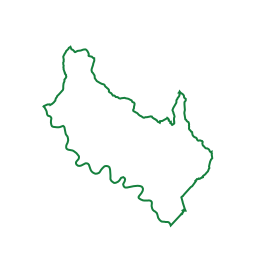 the district of Turburea, Gorj, Romania, rotated 307°
{"feature_id": "2599482B10201715191375", "entity_name": "Turburea", "entity_type": "district", "adm_level": 2, "iso_a3": "ROU", "parent_name": "Romania", "parent_adm1": "Gorj", "projection": "equal_earth", "projection_center": [23.554, 44.693], "detail": "fine", "context": "isolated", "style": "outline", "palette": "green", "viewbox_px": 256, "rotation_deg": 307, "n_neighbors": 0, "source": "geoboundaries", "source_scale": "gbopen_adm2", "svg_char_len": 5798}
<svg xmlns="http://www.w3.org/2000/svg" viewBox="0 0 256 256"><g transform="rotate(307 128 128)"><path d="M186.0,156.6L186.0,155.0L186.2,154.4L187.5,153.1L187.8,152.2L188.0,150.8L187.8,150.0L187.9,148.4L188.2,147.3L187.9,147.4L187.4,147.4L187.7,147.7L187.6,147.9L186.8,148.1L186.8,148.4L186.2,148.5L185.9,148.8L185.9,149.0L184.5,149.6L183.6,149.7L181.9,149.6L181.0,149.9L179.7,149.9L178.8,150.3L177.8,151.1L177.2,151.4L171.3,152.1L169.2,152.7L168.9,152.9L167.6,155.1L166.9,155.7L166.8,156.1L166.0,157.3L165.0,158.4L163.8,158.7L162.0,159.9L161.2,160.9L160.5,161.1L160.0,161.9L159.6,162.1L158.7,162.1L157.0,161.4L157.0,161.1L157.5,160.7L157.6,160.3L157.7,160.0L157.4,159.5L157.4,159.0L158.0,159.0L158.4,158.7L158.1,158.6L158.1,158.3L158.2,157.9L158.4,157.5L158.4,156.2L159.1,155.8L159.2,155.6L159.1,155.2L159.7,154.6L159.7,153.2L159.1,153.3L158.9,153.2L155.8,151.8L154.3,151.2L152.7,149.4L152.2,149.6L151.7,150.2L151.3,150.3L151.3,149.5L150.9,148.3L151.1,147.2L151.5,146.5L151.3,145.6L151.5,145.0L151.3,144.5L151.4,144.2L151.1,143.6L151.2,143.2L151.1,142.8L151.2,142.5L151.0,141.7L151.1,141.1L151.5,140.2L151.0,139.4L151.0,139.2L148.0,136.6L147.2,135.5L145.8,134.6L145.4,133.4L145.4,131.5L145.2,131.0L145.0,129.7L145.1,128.1L145.4,127.0L145.4,125.8L145.1,124.7L145.1,123.8L144.9,123.3L144.9,121.8L145.6,121.2L147.2,120.9L148.8,119.9L150.1,119.4L151.3,118.7L151.6,118.3L151.9,117.4L151.4,115.9L152.2,114.2L151.8,112.4L151.6,110.9L150.9,109.3L150.5,108.6L150.0,107.1L147.7,104.7L147.0,104.3L146.4,103.1L146.3,102.5L146.5,102.0L146.3,100.9L145.4,99.6L145.5,99.0L145.6,98.8L145.7,97.7L145.4,97.1L144.8,96.5L145.7,93.7L145.4,91.8L145.4,91.3L145.8,90.6L146.8,90.0L147.2,89.0L147.3,88.4L147.3,87.1L147.5,86.3L147.4,85.6L147.5,84.9L147.7,84.3L148.2,83.5L148.3,83.0L148.2,82.2L147.6,80.9L147.2,79.1L146.7,74.9L147.6,72.1L147.8,71.5L149.8,69.7L150.8,67.0L151.1,65.4L152.3,64.0L153.5,63.4L157.4,62.1L158.5,61.5L161.4,60.6L163.4,59.0L163.0,58.1L163.0,57.2L163.2,56.2L162.1,53.9L161.9,53.2L162.2,52.8L163.3,52.3L163.8,51.7L164.9,49.6L165.3,47.9L165.3,47.2L165.1,46.6L164.0,45.4L163.1,44.7L161.5,43.7L159.3,41.4L158.0,40.7L157.0,40.3L156.7,40.0L156.7,39.4L157.0,38.5L157.2,36.9L156.8,35.5L158.2,33.2L157.4,33.0L156.4,32.5L155.4,32.8L152.0,32.3L150.9,32.7L149.6,32.7L148.7,32.8L148.3,33.0L147.6,33.0L145.9,33.4L143.8,35.7L143.3,35.9L142.3,36.7L141.2,36.9L139.7,38.2L139.0,39.2L137.6,39.8L137.1,40.6L136.3,41.0L134.9,43.0L134.3,44.1L134.0,44.6L133.8,44.5L133.3,45.3L133.2,45.6L133.1,46.6L132.4,47.1L131.8,47.9L130.4,48.2L128.4,48.1L127.1,49.1L124.8,49.7L122.6,51.0L120.3,52.7L119.2,53.1L114.3,52.7L111.8,52.4L111.2,52.2L109.6,52.6L108.9,52.5L107.4,52.8L106.7,53.2L106.0,53.5L104.9,53.3L104.1,53.4L102.2,53.0L101.0,52.7L100.9,52.5L99.5,52.0L99.6,51.8L99.8,51.6L99.7,51.1L99.0,50.4L98.3,49.5L94.8,47.6L94.3,47.6L94.2,49.0L92.8,52.1L92.2,53.1L90.3,55.1L89.8,56.1L89.7,56.9L90.3,58.3L90.4,59.2L90.0,60.5L89.3,61.2L87.6,62.0L85.9,63.2L84.3,65.0L83.7,66.2L83.7,66.8L84.1,67.9L86.0,71.1L86.7,72.0L87.7,73.0L90.6,74.9L90.6,76.1L90.2,76.9L85.8,81.8L85.2,83.2L84.8,84.8L83.7,86.2L82.2,87.6L81.5,87.9L79.9,88.6L77.7,89.0L76.6,89.4L75.3,90.3L74.6,91.2L74.5,92.0L74.7,93.3L76.7,97.3L76.9,98.8L76.9,100.3L76.9,101.9L76.6,103.2L76.0,105.5L75.7,106.0L74.6,106.8L73.4,107.2L70.5,107.0L69.3,107.1L68.3,107.9L67.8,108.9L67.8,110.9L68.7,112.3L70.0,113.3L74.2,115.3L75.0,116.4L75.3,117.3L75.3,117.9L75.1,118.9L72.2,123.2L71.6,124.5L71.4,125.4L71.3,126.8L71.5,128.2L71.8,129.3L72.1,129.8L73.3,131.0L75.0,131.9L76.4,131.9L78.3,131.7L80.5,131.8L82.9,132.2L83.7,132.6L84.5,133.4L85.0,134.2L85.4,135.2L85.5,135.9L85.4,136.8L84.5,138.1L83.8,138.9L79.5,142.6L76.8,144.6L76.4,145.0L75.7,146.8L75.7,149.6L76.1,150.4L76.9,151.2L78.9,152.3L80.8,152.7L83.9,152.5L84.5,152.8L85.9,153.8L85.9,155.4L85.8,155.8L85.2,156.6L83.5,157.4L80.4,157.9L80.0,158.1L79.0,159.5L78.7,160.5L78.7,161.2L78.8,161.6L79.8,163.0L84.9,167.5L87.4,170.2L88.2,171.3L89.0,172.8L89.4,174.2L89.3,175.0L88.6,176.4L87.6,177.1L86.4,177.6L84.1,177.9L80.1,177.8L79.2,178.0L78.7,178.5L78.5,179.0L78.6,181.1L79.2,183.5L79.9,184.7L82.1,187.6L82.7,188.2L83.3,189.3L83.5,190.4L83.3,191.3L82.5,192.2L79.9,193.8L78.3,195.7L77.6,197.0L77.4,198.5L77.6,199.8L77.4,202.2L76.4,203.7L74.4,206.2L73.6,208.6L73.5,210.0L73.5,211.0L73.9,211.8L75.2,213.8L75.5,214.5L76.9,216.4L77.2,217.3L76.9,218.9L76.6,219.6L75.8,220.8L90.2,222.3L90.7,222.2L91.0,222.5L91.6,222.4L91.7,222.9L92.0,223.0L93.2,222.6L93.4,222.4L94.0,222.6L94.9,221.8L95.0,221.3L95.6,221.6L96.4,221.7L96.4,222.7L96.1,223.1L96.6,223.7L97.5,222.1L99.2,219.7L101.4,216.6L101.8,216.2L104.8,212.3L106.4,212.6L106.6,212.8L108.7,212.8L117.7,213.6L119.0,213.8L120.1,214.3L126.2,214.2L126.3,213.6L128.2,213.8L128.4,213.8L128.4,214.1L130.1,214.8L130.0,215.3L130.7,215.9L131.1,216.1L131.3,216.0L132.3,216.6L133.2,216.7L133.3,216.8L133.3,217.2L133.8,217.5L134.4,216.9L134.9,216.8L137.6,217.6L138.9,217.6L141.5,217.9L144.3,217.1L144.7,217.2L145.4,216.7L146.0,215.9L147.7,215.1L150.7,213.8L152.2,213.5L152.7,213.3L154.5,213.5L156.2,211.9L156.4,211.5L156.8,211.3L157.7,210.4L158.1,210.3L158.1,210.0L159.4,209.1L158.8,208.8L158.5,208.2L158.6,207.5L159.4,206.0L159.6,205.0L159.4,203.6L158.8,202.8L158.6,202.2L158.7,201.1L159.1,199.5L159.1,198.3L159.7,197.5L160.6,196.5L161.8,196.1L162.2,195.0L161.8,194.2L161.7,193.5L161.3,192.8L160.2,191.8L160.1,191.5L160.2,190.4L160.6,189.7L160.9,189.4L161.1,189.0L161.0,188.8L161.2,188.2L161.1,187.7L160.9,187.4L160.7,185.7L161.1,184.1L162.0,182.9L163.3,181.7L163.3,181.3L163.1,180.5L163.3,180.2L163.6,179.1L163.7,177.8L164.3,177.0L165.9,176.0L166.6,175.2L167.7,174.6L168.5,173.7L169.1,172.7L168.9,171.6L169.0,170.7L169.1,170.3L169.5,169.6L169.4,168.6L173.7,164.1L174.6,163.5L176.6,162.6L180.7,159.0L182.4,157.7L182.9,157.5L183.9,157.6L184.8,157.5L186.0,156.6Z" fill="none" stroke="#15803d" stroke-width="2"/></g></svg>